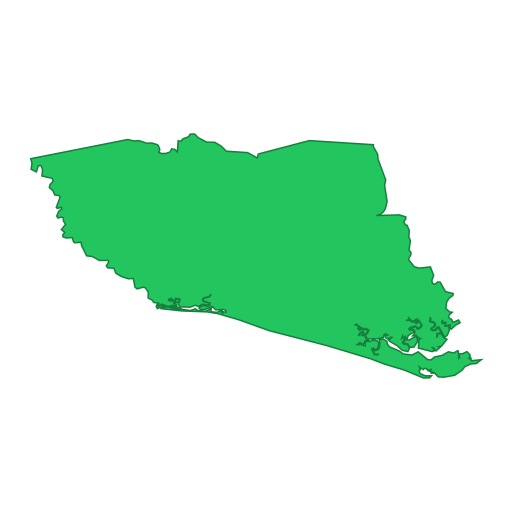 the district of Alanje, Chiriquí, Panama
{"feature_id": "35544464B2044400904902", "entity_name": "Alanje", "entity_type": "district", "adm_level": 2, "iso_a3": "PAN", "parent_name": "Panama", "parent_adm1": "Chiriquí", "projection": "albers", "projection_center": [-82.58, 8.37], "detail": "fine", "context": "isolated", "style": "filled", "palette": "green", "viewbox_px": 512, "rotation_deg": 0, "n_neighbors": 0, "source": "geoboundaries", "source_scale": "gbopen_adm2", "svg_char_len": 6096}
<svg xmlns="http://www.w3.org/2000/svg" viewBox="0 0 512 512"><path d="M153.5,302.4L158.9,303.2L158.8,305.9L161.7,304.1L168.2,306.5L173.1,305.2L176.6,305.5L175.6,303.0L173.6,303.1L172.9,300.0L170.3,301.2L168.6,300.3L168.8,299.1L171.9,297.9L169.1,299.9L170.3,300.4L173.0,299.5L174.5,302.7L175.6,298.3L179.9,298.9L180.0,300.3L178.0,304.2L180.5,306.8L190.1,307.2L195.2,305.3L198.5,306.4L202.5,304.2L208.3,305.2L209.8,303.3L204.0,301.8L202.7,300.6L202.7,298.9L203.8,297.9L208.5,296.8L211.4,294.1L209.7,296.7L203.7,298.4L203.1,299.4L204.3,301.4L210.1,303.0L210.0,305.0L207.9,306.3L204.2,305.5L199.6,306.9L199.0,307.9L200.2,309.5L205.3,309.3L212.3,306.5L215.8,309.9L223.9,309.4L226.0,310.6L226.0,312.2L223.0,311.7L222.9,313.2L221.4,312.3L222.2,310.7L221.3,310.0L221.2,311.4L220.6,310.8L216.8,312.4L211.6,311.8L210.7,310.6L211.4,308.4L206.0,311.2L198.4,310.8L195.3,308.8L190.4,310.5L180.0,309.0L174.9,309.4L168.8,307.1L165.0,307.1L160.4,308.6L181.7,310.9L207.3,311.9L218.0,313.7L238.9,319.8L269.3,330.7L326.5,345.5L370.4,358.7L384.5,364.1L404.4,370.1L423.5,378.0L429.6,377.8L431.5,375.8L425.3,375.8L420.0,373.5L419.2,371.0L420.3,369.6L419.2,367.0L423.2,369.6L424.5,368.4L426.5,368.7L427.7,370.4L431.9,369.2L429.5,371.3L432.9,372.3L430.6,373.2L434.6,373.1L438.3,376.9L443.7,377.2L454.7,375.3L462.3,370.0L464.8,366.7L470.7,364.0L476.3,363.5L481.3,359.7L471.3,360.7L470.9,358.4L470.2,359.2L468.7,358.0L470.1,357.0L470.0,354.9L466.9,351.6L462.1,353.9L458.8,353.8L459.6,357.8L458.7,358.5L458.4,351.1L457.6,350.7L453.7,353.0L448.4,351.8L442.1,355.4L434.5,357.0L431.0,359.9L427.8,359.7L418.2,351.8L412.0,355.0L403.1,353.9L399.5,351.1L389.5,346.8L387.3,344.0L386.8,341.1L383.2,339.0L379.2,339.8L380.0,343.8L379.1,346.0L379.8,347.2L377.9,349.8L375.2,350.6L372.5,349.0L374.7,354.2L377.6,354.5L378.7,353.7L378.1,354.7L376.8,355.0L374.2,354.6L371.8,349.2L373.5,347.9L375.2,349.8L377.4,348.7L378.9,343.5L377.3,340.8L373.0,340.1L369.7,341.5L365.3,341.4L365.2,345.9L361.8,345.0L360.6,343.6L358.9,344.9L356.1,344.4L358.9,344.4L359.9,343.3L358.3,342.9L360.3,342.6L363.3,344.8L365.0,340.8L369.4,340.7L366.5,339.4L364.5,335.7L361.9,335.4L362.8,332.4L360.2,333.2L359.6,335.5L358.6,335.1L359.8,332.7L362.7,331.4L363.7,332.2L362.7,334.5L363.3,335.1L366.7,332.9L368.1,330.4L365.3,329.2L363.3,330.0L361.9,328.6L360.5,330.1L359.1,330.0L358.5,329.1L359.6,327.7L358.1,328.0L358.7,326.9L356.3,324.9L354.6,325.3L356.3,323.9L360.3,327.3L359.9,329.5L361.9,327.7L363.6,329.4L365.8,328.4L369.0,330.1L367.4,333.5L365.0,335.3L367.5,339.0L377.7,338.7L383.5,337.3L384.0,334.6L385.6,333.9L388.6,335.2L384.7,335.0L385.9,338.1L389.5,338.6L390.7,337.1L392.0,337.4L389.7,339.3L387.6,338.8L389.5,341.2L397.2,345.7L402.2,350.3L407.9,351.6L409.6,348.0L407.3,344.4L403.9,344.2L402.3,342.4L405.1,338.3L404.6,337.2L401.6,338.7L402.6,336.1L403.0,337.6L405.1,336.3L405.8,337.5L405.4,340.3L403.2,341.7L403.5,342.9L407.7,344.0L410.0,347.3L414.0,347.1L417.5,341.6L417.5,339.7L416.6,336.9L415.4,336.5L409.1,340.0L407.0,339.7L408.2,335.6L414.3,331.7L412.8,329.9L409.5,330.2L408.8,328.9L410.0,327.5L415.5,325.9L418.4,328.4L421.5,325.3L418.8,320.9L417.0,323.5L415.5,323.1L415.3,321.9L416.2,319.7L412.9,322.2L410.7,321.3L409.3,319.2L409.0,320.3L405.9,320.5L408.6,319.8L408.6,317.8L412.5,321.6L416.8,318.9L417.1,320.8L415.6,322.7L416.9,322.9L418.7,320.2L421.9,324.9L421.8,326.3L419.1,328.9L417.2,329.1L415.6,326.5L409.2,329.1L413.6,329.6L414.8,330.8L414.8,332.8L412.7,335.8L416.2,335.1L418.1,337.6L420.6,338.5L418.9,339.2L418.4,348.1L432.1,351.6L434.9,350.6L432.3,347.6L433.1,347.5L436.1,350.9L440.0,347.5L438.5,346.7L441.5,346.1L447.0,339.3L444.0,337.9L441.2,333.8L437.4,333.9L437.7,336.1L436.9,336.9L436.9,333.6L441.1,332.6L438.4,327.4L435.4,330.5L432.7,330.5L431.1,329.7L430.8,328.5L434.2,326.2L434.9,324.5L433.3,322.3L431.1,322.2L429.7,321.5L429.5,320.7L430.5,318.7L429.6,317.1L430.9,318.6L430.2,321.4L433.7,321.8L435.5,324.2L435.0,326.3L431.9,328.0L431.4,329.3L434.5,330.1L437.2,327.2L438.9,326.9L444.8,337.3L447.3,335.2L449.4,330.1L448.6,325.8L446.6,326.3L444.8,326.0L445.6,322.8L442.9,323.7L441.8,322.9L441.6,321.7L443.0,319.9L442.2,322.9L445.9,322.3L445.5,326.0L450.2,324.8L450.0,327.5L451.1,329.2L455.7,325.1L460.1,322.7L458.5,320.0L453.0,322.4L451.6,319.3L449.2,318.1L448.7,316.5L449.0,315.0L452.2,312.3L449.7,311.9L445.8,308.5L446.7,302.0L449.3,298.0L452.9,295.5L453.2,293.5L445.5,291.6L440.1,282.1L437.8,281.9L434.7,284.4L432.5,283.3L431.8,280.5L433.7,275.6L430.4,266.9L419.6,268.1L414.3,266.8L409.0,260.1L408.7,258.5L410.9,254.7L410.9,252.2L409.0,250.0L410.4,240.7L408.8,236.9L409.3,230.4L406.9,225.1L405.6,225.0L403.7,222.0L405.8,218.8L405.7,216.8L399.3,214.9L376.4,215.5L380.4,214.3L383.5,211.7L385.3,208.9L387.1,201.5L384.6,185.3L385.7,179.9L378.0,159.1L377.7,154.5L373.2,146.2L373.4,144.7L309.3,140.6L258.3,154.0L257.3,157.9L247.6,152.6L226.3,151.2L221.2,146.1L214.8,142.3L206.7,142.1L198.2,137.7L194.7,134.0L190.3,134.1L188.4,136.8L182.8,138.9L181.3,141.0L178.1,140.9L177.4,151.9L175.0,149.5L171.7,148.8L169.9,152.1L165.5,153.5L161.6,153.5L158.8,152.4L159.8,149.8L158.4,145.5L156.8,144.5L151.9,143.0L146.7,143.2L139.0,140.6L134.0,141.0L127.8,139.5L30.7,158.7L32.0,163.2L31.1,169.3L36.4,171.9L38.3,165.7L41.1,165.6L42.6,169.9L41.9,176.0L52.4,178.4L53.1,181.3L50.0,184.5L49.3,187.6L52.8,190.5L54.8,195.0L58.7,195.5L60.2,196.8L56.3,207.4L57.3,208.4L61.5,207.3L61.8,208.8L58.7,211.3L56.7,216.1L58.0,218.1L61.3,217.0L63.3,217.8L63.5,221.3L65.6,224.2L61.4,229.6L64.7,232.4L62.7,235.1L63.0,236.9L66.1,238.0L72.3,237.6L73.5,241.8L74.9,242.8L81.1,242.3L81.5,245.5L86.6,255.8L92.3,256.5L99.5,260.5L108.4,260.4L108.7,262.1L106.3,265.8L107.7,267.9L113.9,268.2L115.9,273.3L121.6,276.6L128.4,278.8L133.3,278.5L135.0,287.1L137.1,288.9L143.2,287.2L145.5,287.9L148.3,292.2L148.1,298.0L152.5,300.3L153.5,302.4ZM158.5,306.4L157.4,305.7L157.5,303.5L156.2,306.5L157.4,308.6L163.6,306.1L161.3,304.9L158.5,306.4ZM179.4,299.3L175.6,299.3L175.8,302.7L177.8,302.5L179.5,300.6L179.4,299.3ZM181.4,308.7L177.5,306.9L173.4,308.1L174.5,308.8L181.4,308.7ZM177.2,306.5L174.0,306.3L172.1,306.9L172.9,307.2L177.2,306.5Z" fill="#22c55e" stroke="#15803d" stroke-width="1.5"/></svg>